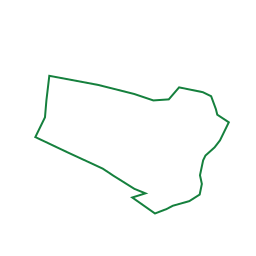 the district of Nowon-gu, Seoul, South Korea, rotated 296°
{"feature_id": "91817680B6950995223857", "entity_name": "Nowon-gu", "entity_type": "district", "adm_level": 2, "iso_a3": "KOR", "parent_name": "South Korea", "parent_adm1": "Seoul", "projection": "equal_earth", "projection_center": [127.08, 37.646], "detail": "fine", "context": "isolated", "style": "outline", "palette": "green", "viewbox_px": 256, "rotation_deg": 296, "n_neighbors": 0, "source": "geoboundaries", "source_scale": "gbopen_adm2", "svg_char_len": 553}
<svg xmlns="http://www.w3.org/2000/svg" viewBox="0 0 256 256"><g transform="rotate(296 128 128)"><path d="M79.2,48.7L79.6,83.9L80.4,123.1L78.7,135.9L76.1,160.5L76.9,172.3L67.4,162.3L63.0,189.7L70.4,196.6L71.7,197.9L77.8,202.4L89.2,215.2L99.6,221.6L107.0,219.7L110.1,218.9L117.1,213.4L131.9,209.7L137.2,209.7L148.5,214.3L157.2,216.1L177.3,216.1L179.1,202.4L183.4,198.8L193.0,188.8L193.0,179.6L186.9,156.1L171.6,152.1L163.9,138.7L161.3,118.7L153.7,82.6L140.4,34.4L117.2,42.5L101.2,48.7L79.2,48.7Z" fill="none" stroke="#15803d" stroke-width="2"/></g></svg>